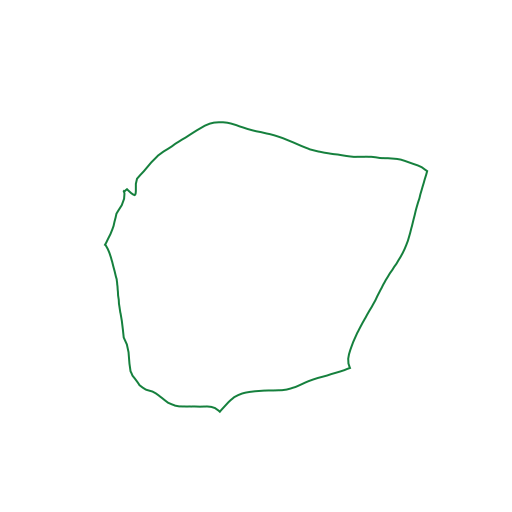 Sah, Hadramawt, Yemen, rotated 219°
{"feature_id": "15242507B46813891716840", "entity_name": "Sah", "entity_type": "district", "adm_level": 2, "iso_a3": "YEM", "parent_name": "Yemen", "parent_adm1": "Hadramawt", "projection": "orthographic", "projection_center": [48.896, 15.508], "detail": "fine", "context": "isolated", "style": "outline", "palette": "green", "viewbox_px": 512, "rotation_deg": 219, "n_neighbors": 0, "source": "geoboundaries", "source_scale": "gbopen_adm2", "svg_char_len": 4117}
<svg xmlns="http://www.w3.org/2000/svg" viewBox="0 0 512 512"><g transform="rotate(219 256 256)"><path d="M380.4,169.7L379.7,169.8L376.7,168.6L375.7,168.2L373.0,166.8L371.6,166.0L367.7,163.5L365.5,161.9L364.4,161.2L360.3,158.1L356.3,155.2L352.8,152.5L351.6,151.6L349.7,150.3L348.7,149.3L347.1,147.8L346.1,146.7L344.5,145.2L342.3,142.8L341.8,142.3L340.8,141.3L338.4,138.6L335.1,135.6L332.4,132.6L331.7,132.0L329.5,130.0L327.0,127.7L325.9,126.7L325.2,126.2L322.8,124.1L319.4,121.1L315.8,117.6L313.1,115.0L310.5,112.4L309.7,111.6L307.9,109.8L307.5,109.4L300.7,106.0L294.5,101.0L286.6,92.7L281.0,87.5L280.2,87.1L278.7,86.4L276.7,85.3L273.0,84.5L269.1,83.5L266.7,82.8L265.3,82.3L261.4,82.4L257.9,82.8L257.1,83.0L256.6,83.2L254.2,84.2L251.2,85.5L247.4,86.2L243.9,86.4L243.3,86.4L242.0,86.4L239.7,86.5L238.7,86.5L236.2,86.5L233.1,86.6L232.1,86.6L228.2,87.7L225.5,88.6L224.9,88.7L223.6,89.4L221.2,90.7L218.2,93.0L215.4,95.2L212.6,97.5L211.7,98.2L209.3,100.2L207.6,101.5L205.7,102.9L204.3,104.0L202.0,106.0L199.3,108.3L199.0,108.5L195.8,110.6L192.2,112.0L187.8,112.3L186.1,112.2L186.1,113.6L186.0,115.7L185.7,120.4L185.4,125.1L185.1,127.3L184.9,128.6L184.6,129.9L184.1,132.6L182.3,136.7L180.3,140.3L179.0,142.1L178.0,143.4L175.1,146.7L174.2,147.6L171.7,150.2L168.5,153.2L167.0,154.6L165.3,156.2L162.2,158.9L157.8,162.5L155.5,164.5L154.9,165.0L154.5,165.4L151.3,168.1L150.1,169.4L148.2,171.4L145.7,174.8L144.5,176.7L142.9,179.0L141.6,181.5L140.7,183.3L139.7,185.3L138.0,188.8L136.4,191.8L135.8,192.8L133.8,196.1L131.2,200.1L128.4,203.9L125.5,207.9L123.2,211.6L120.6,215.3L117.9,219.2L115.7,222.6L115.5,222.9L113.9,225.9L113.3,226.8L112.5,228.1L113.4,228.6L116.6,230.7L117.0,231.2L119.7,234.2L121.9,238.2L123.5,242.1L124.5,244.9L124.7,245.5L126.3,250.2L127.6,255.0L128.9,259.9L129.3,262.1L129.6,263.4L130.4,267.3L130.5,267.9L131.2,271.5L131.4,272.8L131.9,275.7L132.1,277.2L132.7,280.2L133.5,285.2L133.7,286.7L134.0,289.1L134.7,292.9L135.3,296.5L136.5,301.3L137.1,304.2L137.3,305.2L137.9,308.0L138.3,310.3L138.8,312.4L139.2,314.3L139.5,316.3L140.0,318.8L140.5,323.0L140.9,325.6L141.1,327.2L141.3,330.9L141.8,334.7L141.9,337.1L142.0,338.6L142.2,339.8L142.6,342.3L143.1,346.3L143.9,350.7L144.9,354.9L146.1,359.0L146.8,361.1L147.5,363.3L148.0,364.5L149.0,366.9L150.7,370.9L152.8,375.4L153.6,377.3L154.6,379.4L156.4,383.2L158.4,387.6L160.2,391.3L160.8,392.6L162.1,395.6L163.8,399.7L165.3,403.7L167.1,407.4L168.5,410.8L170.2,414.8L170.6,415.8L171.7,418.5L172.8,421.0L173.3,422.2L174.7,425.8L176.4,429.7L178.9,429.5L183.1,429.3L187.3,428.2L191.6,426.6L196.7,424.8L200.4,423.5L202.9,422.5L204.0,422.1L207.6,420.1L211.4,417.5L215.2,414.9L217.2,413.3L218.7,412.1L219.6,411.4L221.6,410.0L222.5,409.5L225.0,408.1L228.6,405.8L232.3,402.9L235.1,400.6L236.2,399.7L238.9,397.5L240.2,396.4L242.2,394.7L245.8,392.4L246.6,391.9L248.9,390.5L253.1,388.1L256.2,386.4L256.5,386.2L259.8,384.0L263.2,382.0L263.8,381.7L267.4,379.6L267.9,379.3L272.2,377.1L273.0,376.6L276.4,375.0L281.4,372.7L283.0,372.3L285.4,371.5L289.9,370.1L294.6,368.8L298.6,367.7L302.2,366.6L307.2,365.1L308.9,364.6L310.6,364.0L314.1,362.7L317.7,361.3L321.1,359.8L322.0,359.4L325.0,357.8L326.1,357.3L326.7,357.0L330.1,355.4L334.1,353.2L337.7,351.5L342.5,349.4L346.8,347.8L350.3,346.4L350.9,346.2L353.7,345.3L354.9,344.8L358.8,343.2L362.2,341.5L365.6,339.3L369.3,336.3L372.6,333.2L375.2,329.8L376.9,326.7L377.8,325.0L378.6,322.9L379.4,320.8L381.0,316.6L382.2,313.1L383.7,308.6L385.3,303.6L386.7,300.1L388.2,295.6L388.7,294.3L389.4,292.2L390.1,289.4L390.4,288.2L391.2,285.8L391.7,284.3L392.3,282.6L393.3,279.9L393.8,278.3L394.4,276.0L395.4,272.2L395.4,271.6L395.8,267.6L396.2,263.8L396.3,262.7L396.4,257.2L396.5,251.7L396.5,251.4L396.9,246.3L397.1,241.2L394.8,236.5L390.2,230.8L389.0,229.0L388.5,227.7L388.7,226.9L390.1,226.5L392.5,226.3L397.4,226.6L398.3,226.7L398.6,225.3L398.8,223.9L399.0,223.4L399.3,223.4L399.5,223.4L399.5,223.1L399.1,222.9L397.8,222.0L397.4,221.6L394.5,217.4L392.3,211.0L391.6,204.8L391.1,201.1L389.3,197.5L387.5,193.5L385.6,189.7L384.3,186.0L383.3,182.7L382.9,181.4L381.8,176.3L380.8,172.1L380.4,169.7Z" fill="none" stroke="#15803d" stroke-width="2"/></g></svg>